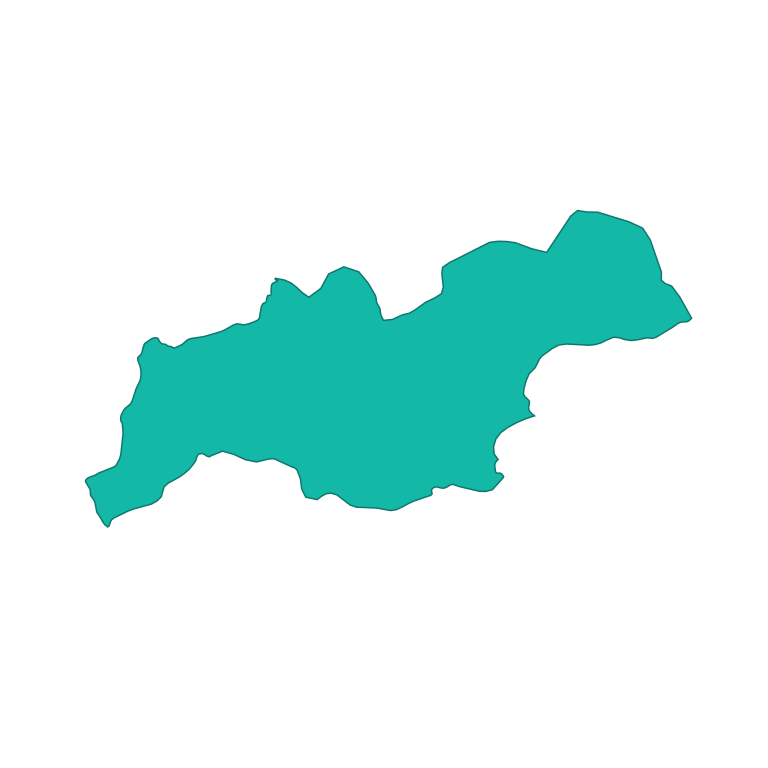 an SVG outline of Cuvette-Ouest, rotated 254°
{"feature_id": "COG-2185", "entity_name": "Cuvette-Ouest", "entity_type": "Region", "adm_level": 1, "iso_a3": "COG", "parent_name": "Republic of the Congo", "parent_adm1": "", "projection": "equal_earth", "projection_center": [14.65, 0.103], "detail": "fine", "context": "isolated", "style": "filled", "palette": "teal", "viewbox_px": 768, "rotation_deg": 254, "n_neighbors": 0, "source": "natural_earth", "source_scale": "10m", "svg_char_len": 3779}
<svg xmlns="http://www.w3.org/2000/svg" viewBox="0 0 768 768"><g transform="rotate(254 384 384)"><path d="M315.9,277.5L325.0,276.8L327.4,275.6L328.4,274.6L329.1,273.3L342.5,257.7L343.7,252.5L344.2,240.0L349.5,229.8L357.8,220.2L364.0,210.2L362.8,198.8L362.2,195.8L363.5,193.9L365.7,192.1L367.4,189.9L367.7,186.5L366.3,184.6L362.0,181.7L358.6,177.4L355.5,172.6L353.0,167.3L351.0,161.6L348.2,149.2L345.7,144.2L337.0,138.8L334.2,133.7L332.7,127.5L332.9,109.1L332.4,102.8L329.7,87.6L328.7,84.8L326.7,82.8L324.7,81.6L323.1,80.3L322.8,78.9L325.7,76.9L328.7,75.7L332.1,75.0L339.0,72.9L340.0,72.7L341.2,72.7L349.2,73.5L351.4,73.3L354.7,72.5L356.3,71.7L357.3,71.4L358.4,71.3L361.6,72.1L363.7,72.4L372.4,70.2L373.4,70.5L374.3,71.3L375.3,73.6L375.6,75.7L375.8,79.7L376.1,81.6L377.1,85.5L378.6,100.9L379.1,102.8L379.9,104.4L385.2,109.4L389.1,111.7L408.7,119.7L418.5,121.6L420.0,121.1L421.3,120.9L422.8,121.1L424.6,121.8L426.8,123.0L430.8,126.8L432.2,129.1L434.3,134.0L435.8,136.0L437.8,137.7L447.9,144.5L454.8,150.7L459.5,152.9L464.2,154.1L468.9,154.4L474.8,153.9L476.1,154.2L477.4,154.8L479.4,158.5L480.1,159.3L481.3,160.2L486.4,163.1L487.9,164.2L488.8,165.1L489.0,165.4L491.3,172.1L491.7,174.4L491.7,175.1L491.6,176.3L491.3,177.4L490.9,178.4L490.2,179.2L489.2,179.5L487.1,179.9L485.2,180.7L484.4,181.3L483.7,182.0L483.2,182.9L482.5,184.7L482.1,185.2L481.5,185.8L480.8,186.1L480.2,186.6L479.8,187.1L478.9,189.2L478.4,190.0L477.1,191.1L476.7,191.8L476.5,192.6L476.5,193.9L477.1,198.0L477.6,200.6L478.0,201.7L480.4,206.7L480.9,209.0L480.9,211.0L479.2,223.8L479.3,241.6L479.9,245.8L482.3,255.8L482.4,257.2L482.4,258.6L482.2,259.8L479.8,264.8L479.5,265.6L479.4,266.2L479.3,266.8L479.2,269.3L479.2,272.3L479.8,278.1L480.1,279.5L480.4,280.6L481.2,281.7L482.3,282.7L491.8,287.2L492.6,287.7L493.3,288.5L494.5,289.6L494.8,290.8L494.9,291.9L495.3,293.0L496.3,293.9L499.2,295.2L501.0,296.6L500.8,298.1L500.8,299.3L501.2,300.2L502.1,300.9L503.7,300.7L509.5,302.9L510.5,303.5L511.2,304.4L511.6,305.5L511.8,306.9L511.9,308.4L512.1,309.6L512.5,310.2L513.4,309.5L513.9,308.6L514.4,308.3L515.0,308.3L515.5,308.8L511.2,317.2L506.7,322.5L501.2,326.5L494.3,330.6L488.1,335.7L493.3,349.6L505.0,361.1L507.7,377.7L498.7,390.7L485.3,396.6L471.5,400.1L468.1,400.0L464.7,399.3L457.6,400.9L451.3,400.0L445.3,401.0L443.7,410.0L445.2,419.4L445.3,423.3L445.0,427.3L446.2,432.9L451.1,446.7L452.7,456.2L454.9,464.0L460.6,467.7L473.9,470.0L480.0,472.5L482.7,480.8L491.0,524.3L489.8,532.8L487.1,541.3L483.6,549.2L473.4,563.1L465.6,576.6L494.0,609.9L497.4,617.9L493.5,626.2L490.2,636.9L472.4,664.1L462.5,675.6L448.9,679.7L415.0,681.5L407.5,679.2L403.1,681.9L398.8,687.5L386.0,692.3L362.5,697.8L361.8,696.9L360.5,693.9L360.4,691.8L361.5,687.6L361.6,685.5L361.0,682.7L359.1,677.4L353.9,658.3L353.9,654.8L355.9,649.6L356.7,639.1L357.7,633.5L360.5,627.5L363.7,622.8L365.7,617.6L364.9,610.2L363.7,604.0L363.7,598.0L364.7,592.0L372.1,570.6L373.3,562.7L371.7,555.4L367.4,543.6L365.2,540.4L358.0,533.8L354.0,526.5L347.9,521.4L341.0,517.3L336.0,515.3L332.9,516.0L330.1,517.8L327.3,519.0L324.4,518.1L321.1,516.3L318.0,516.3L315.0,517.7L311.9,519.9L311.6,510.8L310.3,500.7L308.1,490.9L305.0,482.6L300.3,476.4L293.7,472.1L286.4,470.6L279.9,472.9L278.6,470.5L277.1,468.9L275.3,468.0L268.9,467.0L267.5,467.6L266.8,469.2L266.3,471.0L265.5,472.1L263.1,473.2L262.0,473.5L260.9,472.5L252.5,459.0L252.7,452.1L254.6,446.1L262.8,431.4L265.1,427.4L266.9,425.1L268.8,421.9L268.6,419.3L267.7,416.6L267.3,413.0L268.1,410.6L270.6,406.2L270.9,403.6L269.5,400.6L267.3,400.1L265.2,400.0L264.1,398.4L263.3,380.8L262.4,374.8L260.7,367.3L259.8,361.2L260.6,355.3L266.7,343.0L273.2,323.6L277.0,318.1L290.4,308.2L293.7,303.0L294.5,297.9L293.3,293.0L291.3,287.9L296.8,277.6L305.7,276.0L315.9,277.5Z" fill="#14b8a6" stroke="#0f766e" stroke-width="1.5"/></g></svg>